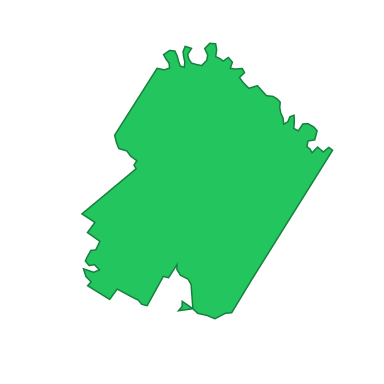 Gaurama, Rio Grande do Sul, Brazil (Robinson projection), rotated 214°
{"feature_id": "56859067B15620852620787", "entity_name": "Gaurama", "entity_type": "district", "adm_level": 2, "iso_a3": "BRA", "parent_name": "Brazil", "parent_adm1": "Rio Grande do Sul", "projection": "robinson", "projection_center": [-52.104, -27.593], "detail": "fine", "context": "isolated", "style": "filled", "palette": "green", "viewbox_px": 384, "rotation_deg": 214, "n_neighbors": 0, "source": "geoboundaries", "source_scale": "gbopen_adm2", "svg_char_len": 1590}
<svg xmlns="http://www.w3.org/2000/svg" viewBox="0 0 384 384"><g transform="rotate(214 192 192)"><path d="M290.1,275.0L287.9,195.8L282.0,190.5L276.9,187.1L268.9,189.6L263.0,187.4L255.3,187.1L255.1,181.8L251.3,180.1L271.0,112.3L255.5,112.5L256.0,99.9L240.8,99.6L239.4,90.2L243.2,87.0L242.6,79.7L241.8,75.1L236.1,73.5L232.2,77.2L225.2,75.7L228.6,70.5L239.0,67.6L232.6,62.6L225.4,61.1L226.1,55.9L200.2,56.9L199.7,69.7L183.6,71.3L176.0,72.3L170.9,70.8L165.6,72.7L168.6,106.0L163.5,107.8L163.8,123.3L161.2,119.3L155.0,116.5L146.5,117.6L141.0,114.8L126.0,95.7L119.4,94.6L110.5,98.1L102.2,99.7L96.5,110.1L91.6,114.1L93.5,153.0L96.1,227.2L98.8,305.2L103.5,305.5L105.6,298.6L113.0,299.5L114.4,291.7L118.1,293.6L122.2,293.9L124.3,299.2L119.4,303.8L122.5,312.7L127.4,314.0L134.2,313.5L138.1,310.5L138.1,302.1L143.2,301.6L146.2,307.0L150.3,312.7L152.9,309.2L151.8,303.8L153.9,299.6L158.0,304.3L162.6,307.1L166.5,311.1L169.1,315.8L173.5,316.8L178.4,316.5L184.1,313.5L191.3,315.2L197.2,316.7L202.8,309.8L206.8,310.5L211.2,311.5L216.7,313.5L215.2,320.3L219.4,322.5L225.2,317.9L229.4,316.0L231.1,322.2L237.1,323.9L239.3,318.0L243.2,318.2L248.1,317.5L251.1,323.7L255.3,328.1L260.4,325.2L261.7,318.0L255.7,314.5L253.4,309.5L254.6,302.3L259.3,300.3L264.5,298.6L268.8,300.3L272.5,303.6L272.7,310.8L279.1,309.0L277.9,303.3L274.5,299.5L270.6,295.7L268.2,291.1L272.1,289.9L276.3,292.9L280.1,296.3L285.0,299.3L289.7,296.9L292.4,290.0L287.8,287.6L283.0,285.9L279.9,282.2L283.3,277.8L290.1,275.0ZM126.0,95.7L139.0,95.9L136.2,91.6L136.8,86.0L126.0,95.7Z" fill="#22c55e" stroke="#15803d" stroke-width="1.5"/></g></svg>